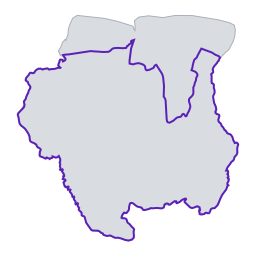 where Sipaliwini sits in Suriname
{"feature_id": "SUR-69", "entity_name": "Sipaliwini", "entity_type": "District", "adm_level": 1, "iso_a3": "SUR", "parent_name": "Suriname", "parent_adm1": "", "projection": "albers", "projection_center": [-55.917, 3.687], "detail": "fine", "context": "in_parent", "style": "outline", "palette": "violet", "viewbox_px": 256, "rotation_deg": 0, "n_neighbors": 0, "source": "natural_earth", "source_scale": "10m", "svg_char_len": 7910}
<svg xmlns="http://www.w3.org/2000/svg" viewBox="0 0 256 256"><path d="M228.9,49.6L224.4,53.5L219.5,58.9L213.0,68.4L213.3,71.3L211.9,73.7L211.5,77.9L212.0,82.7L213.7,85.8L214.4,91.7L213.2,97.0L213.7,100.1L215.0,105.0L216.1,110.2L216.0,112.3L217.6,114.0L219.0,115.7L218.6,120.3L223.7,128.6L226.9,132.2L231.4,135.7L233.1,139.1L235.7,143.3L237.2,143.8L238.1,145.4L237.2,148.6L237.1,153.1L234.2,158.2L227.4,167.7L226.6,169.9L228.4,177.7L227.5,184.2L227.1,187.3L223.8,192.9L215.9,206.6L211.4,209.0L208.7,213.0L206.9,213.0L205.0,213.4L204.4,213.9L201.9,213.8L200.0,212.1L199.7,210.0L198.6,207.7L196.2,207.0L191.6,207.8L190.3,207.2L187.6,204.7L185.3,201.9L184.7,199.2L183.3,199.5L179.8,201.9L177.4,202.4L175.5,201.8L173.4,202.0L168.1,204.6L165.0,205.2L162.7,207.8L147.9,209.0L144.1,209.6L135.2,205.1L133.0,203.7L131.8,203.4L130.8,203.7L129.8,204.7L128.4,210.4L127.0,211.9L124.7,213.1L122.5,215.4L122.0,217.6L125.5,218.8L128.4,223.1L131.5,226.5L134.1,229.5L133.7,232.9L133.3,237.7L131.5,239.4L128.4,240.2L117.2,237.8L108.6,235.7L105.0,235.3L103.3,234.7L101.2,233.0L99.0,231.3L95.5,230.7L91.4,229.6L88.3,225.4L85.1,219.3L84.0,216.6L81.5,213.9L79.1,210.2L78.3,206.9L76.5,203.8L75.5,202.8L74.1,198.6L73.8,197.1L73.1,196.9L72.1,195.5L70.2,191.1L69.7,190.0L68.9,189.6L66.6,186.5L64.7,185.4L64.1,183.8L64.2,179.4L63.3,177.3L63.0,173.2L62.9,171.5L62.0,169.7L60.4,168.5L60.1,165.6L59.8,158.3L59.0,157.0L52.4,157.1L51.8,157.8L48.9,158.2L45.7,158.3L42.9,157.3L40.5,156.0L40.0,154.4L40.4,149.4L36.5,145.5L30.5,140.8L28.7,134.7L26.4,131.0L19.7,123.1L18.6,117.7L18.6,113.9L20.9,110.4L24.2,104.2L25.6,98.7L26.6,95.7L28.3,91.9L29.9,87.0L28.7,84.0L26.7,81.0L26.1,78.8L28.0,75.5L30.0,73.2L32.2,72.9L35.0,71.5L37.2,69.5L40.6,69.0L44.8,68.8L53.3,68.8L57.7,68.0L59.1,66.4L58.9,63.4L61.0,60.6L63.3,59.4L64.2,58.5L64.4,57.5L63.8,56.6L62.9,56.0L60.5,55.7L58.4,50.9L59.8,48.9L61.7,45.0L62.2,42.8L65.1,39.4L65.8,40.5L68.0,34.3L68.3,29.2L70.0,24.2L72.6,18.3L77.2,15.4L104.4,18.4L116.8,21.2L132.8,26.1L135.0,31.3L135.1,26.1L134.4,20.8L138.8,17.1L148.5,15.8L163.0,17.6L175.4,15.4L192.4,15.6L218.1,19.8L229.6,22.7L234.4,25.3L235.3,30.0L234.8,36.1L233.0,41.9L228.9,49.6Z" fill="#d9dde1" stroke="#a8b0b8" stroke-width="1"/><path d="M233.2,160.6L231.4,161.9L230.0,164.1L228.1,166.5L227.3,167.7L226.2,170.5L227.4,170.3L228.0,171.1L228.2,172.3L228.0,173.4L227.4,173.9L227.3,174.2L228.0,174.7L228.5,176.8L228.2,177.1L227.6,177.5L227.9,178.3L228.5,178.9L228.8,179.0L228.8,179.8L228.4,181.4L227.5,182.8L227.3,184.0L227.4,184.4L228.4,185.3L227.8,185.7L227.4,186.1L226.2,189.5L222.2,194.8L220.3,198.7L218.2,204.0L217.4,205.4L214.8,208.0L214.1,208.2L212.1,208.4L211.0,209.0L209.5,212.7L208.9,213.2L207.9,213.3L206.1,212.7L205.3,212.9L204.4,213.9L203.4,214.2L201.3,214.5L200.2,214.3L199.6,214.0L199.5,212.5L199.0,211.2L199.3,210.2L200.0,210.1L200.1,209.7L199.7,208.5L199.6,207.4L198.7,206.8L197.5,206.3L196.6,206.4L194.8,207.3L192.1,208.1L190.1,207.4L184.7,202.2L184.5,201.7L184.7,200.9L185.7,199.9L186.1,199.2L185.8,198.6L184.8,198.7L182.6,199.6L181.5,200.3L179.5,202.1L177.0,203.2L176.6,203.1L176.2,202.7L176.4,201.7L176.1,201.2L174.3,201.3L170.0,204.7L168.7,204.6L168.1,203.8L167.2,203.5L166.2,203.6L165.3,203.9L164.4,204.8L164.0,206.8L163.5,207.7L162.0,208.3L160.0,208.3L157.9,208.0L155.9,208.0L152.8,208.3L150.7,208.1L148.7,209.1L144.4,210.1L143.3,209.9L142.8,209.5L141.7,207.8L141.2,207.5L137.4,206.6L136.5,206.1L133.5,203.7L132.3,203.0L131.1,202.9L130.4,203.1L130.1,203.4L129.7,204.4L129.1,206.7L129.0,209.1L128.8,210.0L126.8,212.8L126.1,213.1L125.5,213.1L124.5,212.6L123.9,212.7L123.2,213.6L122.3,215.1L121.7,216.7L121.5,217.8L122.2,218.2L124.5,218.3L125.5,218.5L126.6,219.5L127.1,221.6L127.8,222.8L129.7,224.2L131.7,226.7L133.5,228.3L133.9,228.9L134.1,229.6L133.6,231.3L133.7,233.7L134.0,235.8L133.7,237.8L132.0,239.6L128.4,240.6L125.0,239.9L121.6,238.6L118.1,237.7L115.5,237.8L114.7,237.7L110.6,235.6L109.6,235.5L107.0,236.0L106.2,235.8L103.4,234.8L102.9,233.6L102.4,233.2L101.3,232.9L100.4,232.2L100.1,231.8L98.1,230.7L92.8,230.6L91.3,230.0L86.1,222.6L84.8,217.4L84.1,216.4L81.9,215.6L81.6,215.2L81.7,213.2L81.1,212.0L79.1,210.3L78.7,209.3L79.2,208.0L78.9,207.5L78.0,206.6L77.6,205.4L78.0,203.7L77.6,203.2L76.5,204.0L75.7,204.3L75.4,203.8L75.6,201.9L75.5,201.5L73.9,199.4L73.9,198.5L74.3,197.2L73.9,196.5L72.8,197.1L72.4,196.8L72.0,194.7L71.5,193.7L70.1,192.2L69.8,191.5L70.4,190.3L70.5,189.7L70.0,189.4L68.0,189.8L67.6,188.8L68.6,186.9L68.2,186.5L66.0,187.2L65.3,187.0L64.9,186.0L64.5,185.8L63.5,182.4L64.9,181.2L65.5,180.4L65.2,179.6L63.4,179.4L62.7,179.0L63.5,177.8L63.2,176.3L63.4,176.1L64.1,176.1L64.3,175.9L63.9,174.4L63.4,173.2L62.5,172.3L62.0,171.3L62.8,169.8L62.5,169.4L61.6,170.1L61.1,170.2L60.6,170.1L60.0,169.7L60.4,168.9L60.6,168.3L59.9,166.4L60.3,164.0L59.6,162.5L60.2,161.4L60.3,159.6L60.1,158.8L58.8,156.0L57.1,157.4L55.6,157.6L52.5,156.4L52.5,157.4L52.2,157.9L50.6,158.3L49.7,159.0L49.4,158.5L48.2,158.3L47.2,157.6L46.5,157.5L46.0,158.5L45.5,158.6L44.9,158.4L42.3,157.0L40.3,156.5L39.9,156.0L39.5,154.8L39.9,153.0L39.7,152.0L40.6,150.4L40.7,149.4L39.8,148.4L38.3,147.5L37.5,147.3L36.7,145.8L36.2,144.5L34.2,143.2L31.5,142.1L30.6,141.5L30.0,140.5L29.7,139.3L29.6,136.9L29.3,135.8L28.2,133.4L25.5,129.3L24.6,128.3L21.0,125.5L19.7,123.8L19.2,121.9L18.5,117.3L17.8,115.0L17.9,113.9L18.7,112.7L23.4,107.9L24.0,107.0L24.4,105.9L24.5,104.6L23.9,102.0L24.1,101.0L25.8,98.8L26.2,97.0L27.2,94.6L28.1,93.0L28.9,90.3L29.9,88.9L30.3,88.0L30.4,86.9L30.0,86.0L28.5,84.1L27.8,81.9L26.0,80.8L25.6,80.1L26.0,78.3L26.9,77.0L28.6,75.1L29.7,73.2L30.1,72.8L30.8,72.7L32.5,73.2L33.8,73.0L34.4,72.5L35.2,71.0L36.7,69.6L38.5,68.7L40.5,68.6L42.6,69.5L45.0,68.7L47.6,68.4L49.1,69.6L50.7,69.2L55.0,68.8L56.3,68.4L57.8,67.8L58.5,67.7L59.9,68.0L60.4,67.7L58.5,65.9L58.2,65.3L58.5,64.0L59.3,62.1L59.6,60.6L60.0,59.8L60.6,59.5L61.5,59.6L62.2,59.8L62.7,60.3L63.0,61.4L64.7,60.6L65.3,59.9L65.6,59.2L65.2,58.1L63.4,55.9L63.0,55.0L65.7,54.6L68.8,54.4L90.5,51.1L103.4,52.0L108.5,51.8L110.1,50.9L112.1,49.0L112.9,48.5L114.0,48.2L117.2,47.9L122.5,48.2L125.8,48.0L126.3,47.8L127.2,45.9L128.2,45.6L129.2,44.3L131.4,43.1L131.5,42.5L131.0,41.6L131.1,41.1L131.8,40.6L134.0,39.9L131.1,48.5L129.5,60.8L129.6,63.6L132.7,64.3L133.3,64.3L135.9,63.5L138.3,63.2L139.4,63.3L142.8,64.4L144.0,65.2L144.7,65.8L145.0,66.4L145.4,68.5L145.8,69.7L146.3,70.1L146.9,70.3L149.3,69.8L153.3,68.0L153.8,67.5L154.1,66.5L155.0,65.4L156.3,64.8L161.8,73.4L162.5,75.0L163.1,77.1L164.0,85.9L163.7,96.7L164.4,97.6L165.1,98.8L165.6,100.4L166.7,119.5L167.1,121.3L167.4,121.9L168.3,122.5L169.5,122.6L170.0,122.5L173.5,120.6L176.4,118.0L177.0,117.6L178.2,117.2L180.5,116.8L181.0,116.5L182.5,114.3L182.9,114.0L183.4,113.9L183.7,114.0L184.4,114.6L185.3,116.0L185.8,116.3L186.3,116.1L186.7,115.6L187.6,113.3L189.0,110.9L190.3,107.1L190.2,105.4L189.0,101.4L189.0,99.4L189.7,98.2L191.5,96.5L192.5,95.3L193.1,94.2L193.4,92.9L193.3,87.5L194.3,85.3L194.8,82.9L195.9,80.5L196.2,77.9L197.4,75.6L197.4,74.5L196.6,72.9L195.1,71.6L191.5,70.2L192.4,67.6L192.9,64.5L194.1,60.3L194.3,59.9L194.7,59.4L196.6,57.7L196.9,57.2L197.6,55.5L201.3,48.6L211.8,52.5L215.6,54.9L217.5,55.6L218.8,56.2L220.1,57.6L219.5,58.5L218.8,60.6L217.7,61.6L217.1,62.9L214.2,66.2L213.2,67.8L212.7,69.6L213.2,71.7L213.1,72.5L211.4,73.8L211.1,74.4L211.6,75.7L211.6,82.4L211.8,83.1L213.3,83.8L213.9,84.8L213.8,88.1L214.5,89.9L214.6,90.5L214.6,92.7L214.3,93.7L213.3,95.7L213.1,97.0L214.1,102.9L215.7,106.3L216.2,108.6L216.2,110.0L215.3,111.9L215.5,112.9L216.2,113.6L216.8,114.1L218.6,114.5L219.2,115.0L219.4,116.1L218.3,119.6L218.4,121.0L218.9,121.9L220.8,123.6L221.1,124.1L221.7,126.0L223.2,127.4L224.5,129.9L225.5,130.5L225.7,130.9L225.9,130.9L226.9,132.6L227.4,133.3L228.3,133.7L230.2,134.3L230.8,134.7L232.4,136.9L233.5,140.8L234.8,142.7L234.8,143.0L236.6,142.6L237.1,142.8L237.8,143.6L238.2,144.3L238.1,145.1L237.6,146.3L237.2,148.6L237.4,152.7L236.5,154.9L234.6,156.9L233.8,159.7L233.2,160.6Z" fill="none" stroke="#5b21b6" stroke-width="2"/></svg>